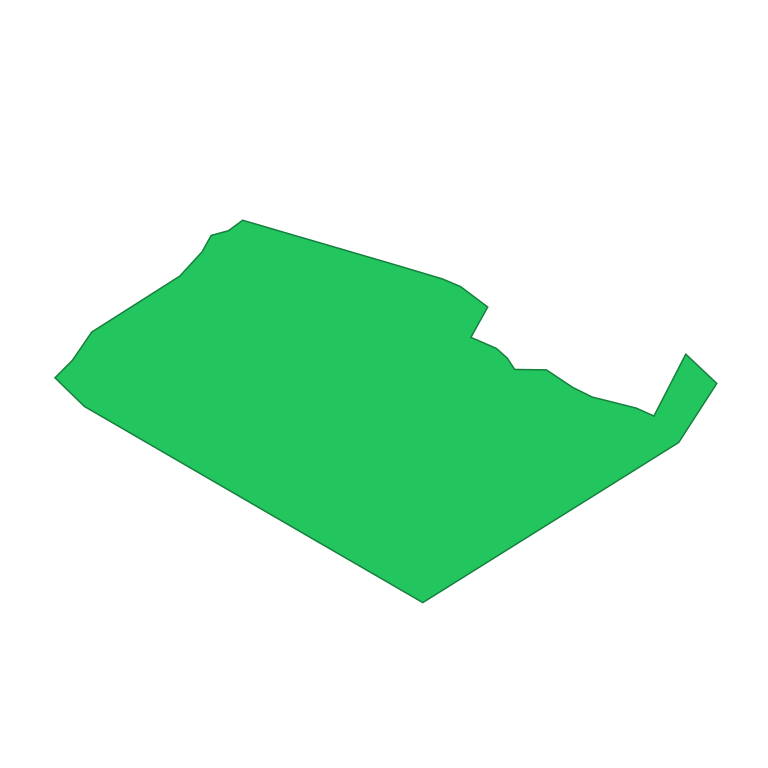 outline of Pilões, Rio Grande do Norte, Brazil, rotated 209°
{"feature_id": "56859067B62972764518886", "entity_name": "Pilões", "entity_type": "district", "adm_level": 2, "iso_a3": "BRA", "parent_name": "Brazil", "parent_adm1": "Rio Grande do Norte", "projection": "mercator", "projection_center": [-38.028, -6.293], "detail": "fine", "context": "isolated", "style": "filled", "palette": "green", "viewbox_px": 768, "rotation_deg": 209, "n_neighbors": 0, "source": "geoboundaries", "source_scale": "gbopen_adm2", "svg_char_len": 517}
<svg xmlns="http://www.w3.org/2000/svg" viewBox="0 0 768 768"><g transform="rotate(209 384 384)"><path d="M674.8,229.9L635.1,219.1L362.4,213.8L244.1,211.6L97.9,475.7L93.2,545.8L134.5,556.4L132.4,486.8L151.8,485.2L195.7,473.5L217.3,472.5L248.8,475.1L276.7,460.1L288.8,466.4L303.0,469.6L330.6,466.9L330.6,501.6L364.3,506.3L384.0,504.2L435.3,492.9L554.1,466.1L587.0,458.7L594.4,442.6L607.2,430.2L607.2,411.4L614.9,379.4L664.8,287.8L668.0,253.7L674.8,229.9Z" fill="#22c55e" stroke="#15803d" stroke-width="1.5"/></g></svg>